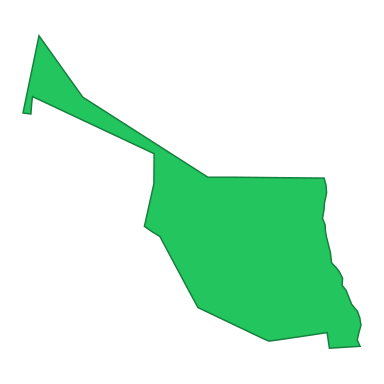 outline of Santana do Piauí, Piauí, Brazil
{"feature_id": "56859067B85861888890403", "entity_name": "Santana do Piauí", "entity_type": "district", "adm_level": 2, "iso_a3": "BRA", "parent_name": "Brazil", "parent_adm1": "Piauí", "projection": "robinson", "projection_center": [-41.484, -6.919], "detail": "fine", "context": "isolated", "style": "filled", "palette": "green", "viewbox_px": 384, "rotation_deg": 0, "n_neighbors": 0, "source": "geoboundaries", "source_scale": "gbopen_adm2", "svg_char_len": 710}
<svg xmlns="http://www.w3.org/2000/svg" viewBox="0 0 384 384"><path d="M30.9,114.0L31.7,103.4L32.5,96.6L154.1,153.7L153.9,183.7L144.4,226.4L152.7,232.1L159.9,236.5L175.3,265.4L191.3,295.3L195.5,303.0L198.0,307.6L263.3,338.7L268.9,341.1L276.0,340.2L316.5,334.2L327.1,332.6L329.4,348.2L360.1,346.3L357.2,340.0L358.8,333.0L361.0,325.2L359.8,317.9L357.5,311.4L351.7,304.4L348.8,297.2L346.1,290.4L342.1,285.3L342.6,278.3L339.2,271.5L335.9,267.3L331.6,262.9L330.3,252.0L326.5,237.1L325.4,230.9L325.1,224.8L322.5,218.4L324.1,209.0L324.4,203.4L326.6,192.7L326.0,185.1L324.1,178.1L231.6,177.2L207.8,177.2L194.4,168.6L82.8,97.2L39.0,35.8L23.0,113.0L30.9,114.0Z" fill="#22c55e" stroke="#15803d" stroke-width="1.5"/></svg>